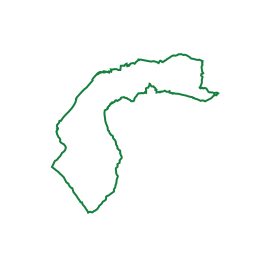 Tomesti, Harghita, Romania (Natural Earth projection), rotated 117°
{"feature_id": "2599482B27343376756903", "entity_name": "Tomesti", "entity_type": "district", "adm_level": 2, "iso_a3": "ROU", "parent_name": "Romania", "parent_adm1": "Harghita", "projection": "natural_earth1", "projection_center": [25.786, 46.588], "detail": "fine", "context": "isolated", "style": "outline", "palette": "green", "viewbox_px": 256, "rotation_deg": 117, "n_neighbors": 0, "source": "geoboundaries", "source_scale": "gbopen_adm2", "svg_char_len": 5753}
<svg xmlns="http://www.w3.org/2000/svg" viewBox="0 0 256 256"><g transform="rotate(117 128 128)"><path d="M221.5,125.1L220.2,124.2L219.8,123.5L219.4,121.5L217.1,120.4L216.9,120.0L214.2,118.6L211.4,118.2L210.3,118.3L207.9,117.2L205.2,117.0L202.6,115.4L201.3,115.3L199.1,116.3L198.4,116.0L196.8,114.6L195.1,113.8L191.3,111.8L190.9,111.8L190.4,111.9L189.4,112.6L188.6,112.7L187.6,112.5L186.6,112.5L183.9,113.3L182.7,113.3L181.2,113.8L180.6,114.1L178.8,114.7L175.9,115.0L175.3,115.4L174.8,116.7L173.8,117.8L170.3,120.1L169.5,120.5L168.6,120.3L167.4,119.7L166.4,120.1L165.2,121.0L163.2,120.0L162.9,119.7L162.0,120.0L160.7,120.7L160.0,120.6L159.8,120.5L158.9,120.4L158.1,120.0L157.4,120.1L156.3,120.7L155.4,122.2L154.1,123.3L154.0,123.6L153.5,123.6L153.0,124.1L152.5,124.2L151.8,124.8L151.6,125.1L151.7,126.0L151.6,126.3L151.1,127.4L151.1,127.7L150.8,128.3L150.4,128.3L149.7,128.9L149.1,129.5L148.4,130.8L148.0,131.0L147.8,131.4L147.3,131.5L146.0,132.5L145.9,132.8L145.6,133.0L144.7,134.2L143.9,136.5L142.7,137.4L142.4,137.5L141.9,138.2L141.9,139.9L141.4,140.7L141.4,141.1L141.0,141.4L140.9,141.9L140.3,142.7L139.3,143.6L139.3,144.3L138.8,145.1L136.5,146.6L134.0,149.5L132.5,151.0L126.6,155.1L125.1,155.9L122.8,156.7L120.6,155.0L120.1,155.2L119.4,154.9L118.9,155.5L117.6,155.1L117.2,155.0L117.2,154.7L117.6,154.7L116.1,154.6L115.4,154.7L114.7,154.7L114.4,154.6L114.6,154.3L113.2,153.8L113.0,153.3L112.6,153.6L112.4,153.7L111.9,152.8L111.0,151.9L109.8,151.9L108.7,151.3L108.9,150.7L108.8,150.2L108.6,149.6L108.1,149.3L107.5,149.2L106.9,148.6L106.3,148.3L106.0,148.0L105.8,147.8L105.4,147.7L104.7,148.0L103.9,147.7L102.3,145.5L102.3,145.2L102.5,144.3L102.1,143.5L102.2,143.2L101.9,142.2L102.2,141.6L102.1,139.1L102.1,138.6L102.7,137.3L101.5,135.2L100.5,135.1L99.8,135.2L99.2,135.6L97.5,135.5L95.6,134.9L95.2,135.0L92.9,134.6L92.2,134.3L92.0,133.7L91.4,132.7L91.3,132.4L90.7,131.9L90.5,131.5L90.3,130.4L88.7,128.5L88.2,128.9L88.1,128.7L88.3,128.3L88.3,127.9L86.8,128.6L84.6,130.0L83.6,129.3L82.8,128.3L80.8,128.3L79.6,128.5L78.8,128.8L78.8,128.2L79.4,127.6L80.2,126.1L80.2,125.6L79.3,124.2L79.9,123.3L79.9,122.4L80.2,121.6L80.5,121.1L81.6,120.9L81.2,119.9L81.8,119.7L83.4,118.7L83.0,118.4L82.0,116.8L81.5,116.3L81.7,116.1L80.9,115.4L81.1,115.2L80.2,114.4L79.9,113.8L79.3,113.2L78.0,112.1L78.2,110.9L78.1,109.8L77.3,108.5L76.3,107.7L77.0,107.2L77.4,107.3L77.6,107.2L77.6,106.6L77.1,105.7L77.2,104.3L77.0,104.0L76.6,104.0L76.4,103.6L76.7,103.4L76.3,103.0L76.3,102.5L76.0,102.2L75.6,100.7L74.6,98.6L74.0,95.6L72.8,91.2L72.4,88.8L71.9,86.3L71.5,85.5L71.3,84.4L71.7,83.8L71.6,83.1L71.3,82.9L71.4,80.9L71.0,79.7L70.8,76.8L70.9,75.8L70.1,75.0L70.0,74.6L69.3,73.5L69.2,72.4L69.3,71.5L63.6,67.3L61.2,66.7L60.8,66.3L59.4,66.3L58.8,64.2L56.1,63.4L56.0,64.4L56.3,65.2L57.7,67.0L58.0,68.9L58.4,69.5L58.6,70.5L59.2,71.4L59.3,72.4L59.1,73.1L57.8,75.1L57.3,76.1L57.3,76.9L57.5,77.3L57.6,78.2L58.4,78.6L58.7,79.5L58.5,80.0L58.9,80.4L58.9,80.8L59.8,81.5L59.5,82.5L58.0,82.3L54.4,82.7L53.8,82.9L51.6,84.1L48.7,84.7L48.1,86.6L46.9,87.1L46.7,86.8L46.1,86.6L45.4,86.0L45.0,86.4L44.8,86.2L44.1,87.5L43.6,87.7L43.4,88.0L42.7,88.4L41.2,89.6L40.8,89.7L40.5,90.0L39.7,90.4L38.2,90.2L37.9,90.3L37.5,90.9L36.3,91.2L36.3,91.5L35.8,91.8L35.3,91.7L34.5,91.9L34.9,95.8L35.7,96.6L36.6,100.3L36.8,101.4L37.1,102.1L37.4,103.0L37.4,103.6L36.9,104.9L36.9,105.3L36.8,105.5L36.8,106.2L36.6,108.8L37.0,110.8L37.8,111.7L38.0,113.8L38.2,114.4L39.3,116.1L39.4,116.5L40.6,117.1L42.1,118.6L42.3,119.6L42.7,120.0L42.9,120.7L43.3,121.1L45.5,122.5L45.9,122.6L48.7,124.3L48.9,124.5L50.2,124.9L50.8,125.3L51.0,125.7L52.0,126.0L52.9,126.8L53.5,126.9L53.5,127.2L53.7,127.6L53.3,128.7L53.4,129.3L53.3,129.7L53.5,129.9L54.4,130.1L56.3,130.2L56.2,132.7L56.5,133.9L56.8,135.5L58.4,137.7L61.5,148.4L62.4,148.9L62.3,149.8L63.4,149.8L65.5,150.8L67.7,151.2L67.7,152.7L69.1,154.6L71.0,155.6L71.2,155.4L71.4,155.6L71.6,155.4L72.3,156.1L72.6,155.8L73.3,156.7L71.3,158.4L72.1,159.0L72.9,159.2L73.4,159.5L73.9,159.3L74.3,159.5L74.7,160.7L75.8,162.6L79.8,161.2L80.6,162.6L80.8,163.7L80.7,164.1L80.8,165.0L81.8,167.1L82.1,167.2L82.8,168.1L83.5,169.7L84.0,169.0L85.5,168.5L85.7,169.7L86.1,170.6L87.2,170.1L87.5,172.4L87.9,173.5L88.4,173.3L89.3,174.4L88.8,174.7L89.0,174.9L88.4,175.2L88.5,175.4L89.0,175.2L89.9,176.2L89.8,176.3L90.5,177.2L89.9,177.5L91.2,177.5L91.2,177.9L90.8,177.9L90.9,178.1L91.0,178.0L91.2,178.4L91.0,178.5L91.3,178.9L92.3,179.1L92.3,178.8L92.5,178.8L92.5,179.2L93.3,179.2L93.2,179.8L93.9,179.9L93.8,180.1L97.5,181.1L100.7,181.8L100.8,181.7L101.2,181.7L101.7,181.1L110.8,183.3L113.1,184.4L115.8,185.3L124.0,187.5L124.6,187.4L125.1,187.6L125.7,187.6L126.1,187.0L127.4,186.9L128.8,186.5L131.1,186.5L133.5,186.7L136.0,187.1L139.7,188.0L145.3,189.8L148.1,190.5L152.2,191.1L152.7,192.3L154.4,191.9L155.4,191.9L157.1,192.6L158.9,192.1L159.2,191.8L159.9,190.4L160.5,190.3L161.0,190.7L161.2,190.3L161.1,190.1L161.4,190.1L161.4,190.3L162.2,190.2L162.4,190.0L163.3,190.3L164.4,189.4L164.6,189.4L164.9,188.9L165.3,188.7L165.6,188.3L165.9,188.2L166.8,186.8L167.6,186.1L167.8,185.5L168.1,184.3L169.4,182.9L170.3,182.7L171.0,182.2L171.6,180.4L171.6,177.8L172.6,175.7L173.1,175.0L173.8,174.4L176.5,174.0L177.8,174.4L178.1,174.4L180.3,175.5L183.7,175.6L186.3,176.4L188.4,176.8L189.2,177.2L190.3,178.0L190.8,178.2L197.3,178.0L197.9,174.5L198.4,172.7L198.4,171.7L199.0,169.5L199.0,169.0L199.7,167.8L200.1,165.6L200.3,165.3L201.0,163.0L203.7,159.2L203.9,158.8L204.4,158.2L204.5,157.5L204.5,156.5L204.7,155.7L205.3,155.3L206.1,154.2L207.0,152.0L207.1,151.2L206.9,150.3L209.9,147.5L210.1,146.7L210.8,145.7L211.2,144.5L212.1,142.6L213.3,140.8L214.6,138.1L215.6,136.7L215.6,135.8L215.2,135.2L216.4,134.0L217.0,133.1L218.1,130.4L219.2,128.7L220.1,126.9L220.8,125.8L221.5,125.1Z" fill="none" stroke="#15803d" stroke-width="2"/></g></svg>